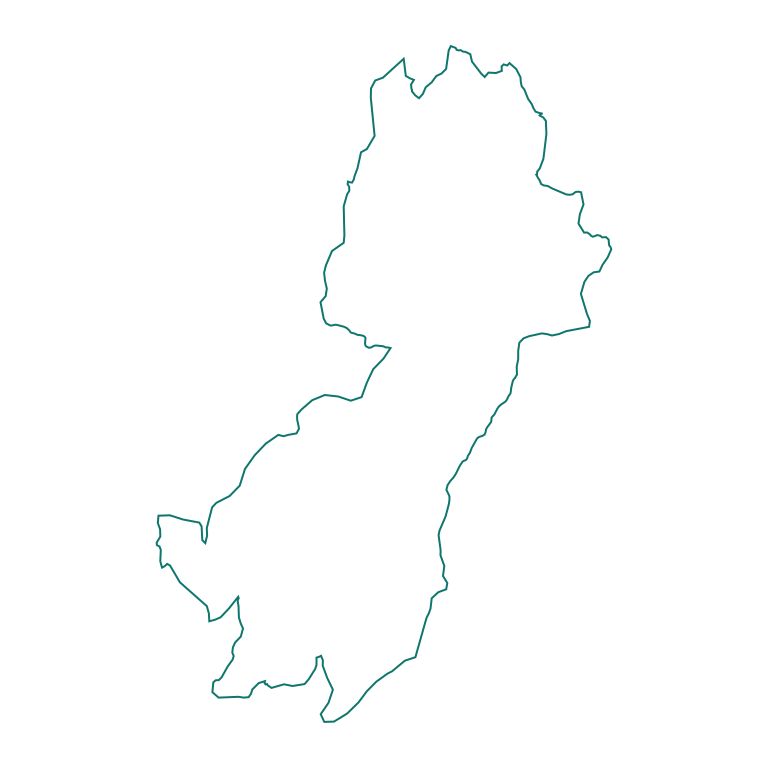 SVG path tracing the border of Morogoro
{"feature_id": "TZA-3379", "entity_name": "Morogoro", "entity_type": "Region", "adm_level": 1, "iso_a3": "TZA", "parent_name": "United Republic of Tanzania", "parent_adm1": "", "projection": "robinson", "projection_center": [37.042, -7.875], "detail": "fine", "context": "isolated", "style": "outline", "palette": "teal", "viewbox_px": 768, "rotation_deg": 0, "n_neighbors": 0, "source": "natural_earth", "source_scale": "10m", "svg_char_len": 4257}
<svg xmlns="http://www.w3.org/2000/svg" viewBox="0 0 768 768"><path d="M509.3,395.1L508.4,396.3L507.0,399.5L506.0,400.9L504.9,402.0L501.2,404.4L498.9,406.5L497.3,408.8L494.4,414.4L493.5,415.5L492.5,416.4L491.7,417.4L491.4,418.8L491.4,420.5L491.2,421.6L490.7,422.6L487.1,427.4L486.0,429.6L485.6,432.1L484.6,434.6L482.4,435.9L479.8,436.7L477.8,437.7L476.7,439.1L471.7,448.0L470.0,452.6L467.9,455.9L467.2,458.2L466.5,459.4L465.5,460.2L463.5,461.0L462.6,461.6L459.9,465.6L455.8,473.9L453.3,477.7L450.4,480.9L447.6,485.1L446.4,489.9L448.9,494.9L449.5,496.9L449.4,500.3L448.9,503.9L445.6,516.4L439.5,530.6L438.6,535.3L440.6,550.0L440.5,555.4L444.3,565.9L443.0,576.0L447.3,583.0L446.2,589.3L438.3,592.2L431.7,598.3L430.5,608.6L428.8,613.4L426.5,617.9L415.4,657.2L404.8,660.7L392.1,671.3L387.5,673.6L376.3,681.7L366.8,691.3L358.6,702.3L347.2,713.5L334.0,721.6L324.3,721.9L320.7,714.2L328.5,702.8L332.9,689.7L327.2,677.9L322.7,665.6L322.9,660.3L321.0,655.8L319.4,656.7L316.5,657.6L316.5,664.9L315.2,668.9L308.9,679.0L305.3,683.3L304.4,684.1L292.6,686.0L284.0,684.3L271.5,687.9L267.7,685.3L267.0,684.0L265.7,684.4L264.6,683.2L265.0,681.1L258.7,683.1L252.3,689.5L251.0,693.8L248.6,697.2L243.6,697.6L238.5,696.8L218.6,697.6L212.4,692.2L213.3,682.4L215.6,680.3L218.8,680.1L221.5,677.5L227.8,666.3L232.7,659.5L233.7,656.0L232.3,652.6L232.9,647.5L235.1,642.5L240.8,636.6L243.0,628.5L240.6,623.1L238.9,617.4L238.5,605.8L237.8,602.5L237.8,599.9L238.7,598.3L238.2,596.8L229.0,608.4L220.6,617.3L215.1,619.7L209.3,621.3L208.9,613.6L206.9,606.2L179.9,582.3L170.1,565.6L167.1,563.9L164.7,566.2L162.0,567.6L160.3,561.3L160.8,549.8L159.5,546.5L156.9,545.1L156.7,542.6L160.3,536.6L160.1,529.4L157.8,522.9L158.5,515.7L169.9,515.3L183.0,519.5L199.3,522.6L201.6,526.4L202.3,540.1L205.3,543.1L207.1,535.7L206.8,528.0L212.1,507.4L216.4,502.8L229.6,496.0L239.7,485.7L245.0,468.9L254.8,455.1L265.9,443.5L278.3,434.9L283.6,436.2L288.2,434.9L296.5,433.4L299.0,428.7L298.0,423.3L297.3,420.6L297.1,417.8L297.1,415.7L297.4,414.0L301.8,409.2L312.2,400.2L324.8,395.0L338.2,396.5L350.8,400.7L361.6,397.1L366.8,382.8L373.2,369.2L383.5,358.6L390.5,348.1L387.5,347.4L386.0,347.4L385.5,347.3L383.4,346.3L376.3,345.5L375.1,345.5L373.1,346.3L371.2,347.4L369.0,347.8L366.3,346.5L365.3,345.1L365.0,343.3L365.5,338.3L365.4,337.7L365.0,337.1L364.2,336.4L363.2,335.8L361.1,335.3L357.4,334.8L354.5,333.5L351.2,332.7L350.6,332.3L349.3,330.4L346.8,328.1L343.8,326.7L337.3,325.0L335.4,324.7L332.3,325.4L330.3,325.5L326.1,323.3L323.7,318.6L320.5,302.2L325.7,296.1L326.8,288.5L325.0,280.7L324.1,272.7L325.9,265.4L332.0,251.0L343.7,242.8L344.4,235.5L343.7,206.4L347.1,194.4L349.3,190.8L349.2,186.8L347.6,184.2L348.0,181.6L350.0,182.3L352.0,182.6L353.7,179.7L354.5,176.3L357.5,168.2L361.0,152.3L366.9,149.0L374.6,135.9L370.8,97.7L371.0,88.4L375.2,80.5L382.9,77.7L403.7,58.8L405.8,75.9L410.1,78.4L413.9,79.9L411.0,84.6L411.5,88.9L412.0,89.9L412.0,91.4L415.2,95.3L419.0,98.2L422.9,93.9L425.7,87.3L431.8,82.2L436.3,76.0L441.4,73.6L446.1,69.0L448.7,50.4L450.8,46.1L455.4,47.8L456.1,48.5L456.5,49.7L458.3,50.4L460.5,50.1L463.0,51.6L465.5,51.9L470.3,54.2L472.0,61.6L481.2,73.6L484.7,77.0L488.5,72.6L496.0,73.0L501.8,70.9L501.6,66.4L503.7,64.4L507.2,65.5L509.5,63.1L516.2,69.0L520.5,77.3L520.8,81.9L521.7,86.3L524.3,89.4L528.1,98.9L531.8,104.2L533.4,108.1L535.5,111.6L539.3,113.0L542.6,113.6L540.6,114.1L539.6,115.5L543.3,117.5L545.9,121.0L546.4,134.1L543.4,158.8L539.8,168.4L537.2,171.6L537.0,175.2L536.5,175.1L537.9,177.7L539.7,180.4L541.1,184.0L543.7,185.4L547.8,186.0L552.0,188.4L566.2,194.4L569.6,194.8L572.9,194.2L574.3,192.8L575.9,191.9L578.6,191.7L581.1,192.3L583.5,204.5L579.9,214.1L578.5,223.6L584.1,232.6L587.2,232.5L589.8,234.3L591.1,235.8L592.8,236.7L595.1,236.0L597.2,235.1L600.1,235.7L602.3,237.4L605.9,237.1L608.6,239.5L609.1,245.2L610.5,247.1L611.3,249.2L607.7,257.4L602.6,264.7L599.4,271.5L593.7,272.3L588.4,275.9L584.4,281.9L580.9,293.9L587.0,314.0L589.9,320.9L589.1,326.8L566.1,331.2L559.1,334.0L552.0,335.5L547.0,334.1L541.8,333.4L529.1,336.2L523.6,338.3L519.4,342.6L518.2,350.7L518.2,359.2L516.7,366.8L517.0,374.7L516.4,375.4L515.6,376.8L515.0,378.1L514.5,378.4L514.0,379.0L513.2,380.2L512.8,381.1L511.2,387.9L510.8,391.6L510.4,393.5L509.3,395.1Z" fill="none" stroke="#0f766e" stroke-width="2"/></svg>